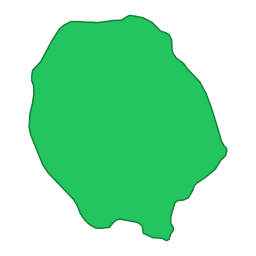 the district of Con Co, Vietnam
{"feature_id": "81297802B79612246152029", "entity_name": "Con Co", "entity_type": "district", "adm_level": 2, "iso_a3": "VNM", "parent_name": "Vietnam", "parent_adm1": "", "projection": "natural_earth1", "projection_center": [107.34, 17.158], "detail": "fine", "context": "isolated", "style": "filled", "palette": "green", "viewbox_px": 256, "rotation_deg": 0, "n_neighbors": 0, "source": "geoboundaries", "source_scale": "gbopen_adm2", "svg_char_len": 1089}
<svg xmlns="http://www.w3.org/2000/svg" viewBox="0 0 256 256"><path d="M96.2,22.6L90.5,22.1L86.2,22.2L78.7,21.6L70.7,21.6L63.3,25.6L59.3,29.2L51.7,41.0L40.7,61.8L36.1,66.6L32.7,70.2L31.8,75.2L31.8,80.6L33.7,86.2L33.9,93.6L32.5,103.2L30.0,113.6L29.1,126.8L30.6,134.6L42.7,164.6L48.3,173.0L73.3,199.2L77.0,205.0L80.4,213.6L84.7,220.0L89.9,224.8L96.1,228.2L101.3,228.2L109.5,227.4L112.7,223.2L115.8,220.4L119.0,219.0L136.8,222.2L140.1,224.0L142.3,226.4L142.8,230.2L143.5,233.4L153.1,237.8L159.6,238.0L162.5,238.4L166.4,240.6L169.0,239.4L169.6,237.4L170.7,234.0L173.2,230.4L173.4,227.6L170.8,223.2L170.7,217.0L174.9,202.8L177.8,200.6L183.7,200.0L188.3,197.8L192.6,190.8L194.3,185.6L196.8,183.2L205.8,177.0L215.3,169.2L221.0,160.0L225.5,155.6L226.9,150.6L226.4,148.4L223.8,145.4L221.5,141.2L218.2,129.8L211.3,107.6L206.3,94.2L199.7,81.8L187.3,68.8L183.6,63.4L176.3,58.2L173.0,53.2L172.0,49.4L171.7,40.2L169.1,34.6L165.9,32.8L160.7,31.2L152.3,22.6L143.1,17.8L135.3,16.2L129.5,15.4L126.1,17.2L121.4,20.2L114.4,20.4L100.1,22.3L96.2,22.6Z" fill="#22c55e" stroke="#15803d" stroke-width="1.5"/></svg>